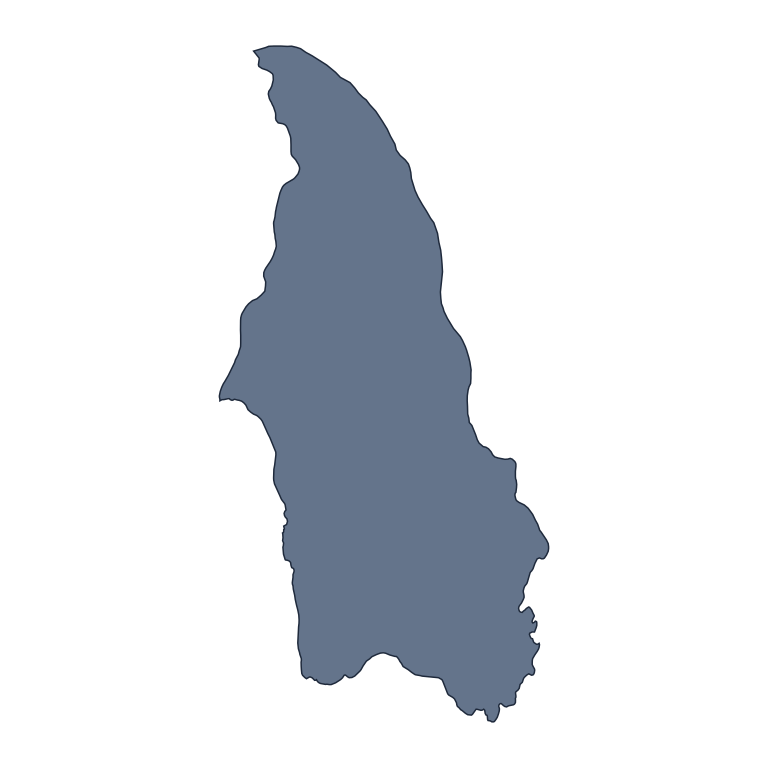 the district of Cailaco, Bobonaro, East Timor
{"feature_id": "22284137B47334481051", "entity_name": "Cailaco", "entity_type": "district", "adm_level": 2, "iso_a3": "TLS", "parent_name": "East Timor", "parent_adm1": "Bobonaro", "projection": "equal_earth", "projection_center": [125.257, -8.874], "detail": "fine", "context": "isolated", "style": "filled", "palette": "slate", "viewbox_px": 768, "rotation_deg": 0, "n_neighbors": 0, "source": "geoboundaries", "source_scale": "gbopen_adm2", "svg_char_len": 6098}
<svg xmlns="http://www.w3.org/2000/svg" viewBox="0 0 768 768"><path d="M219.9,400.8L221.9,399.7L223.9,399.6L228.1,398.7L229.4,398.7L230.3,399.7L232.0,400.3L233.2,400.0L234.2,399.3L235.1,399.4L237.2,400.0L239.1,400.3L241.7,401.2L243.8,402.8L245.9,405.1L248.0,409.7L250.8,412.2L253.5,414.1L256.6,415.4L258.1,416.5L260.8,419.1L262.3,421.2L267.9,433.7L269.9,437.6L275.8,452.1L275.9,454.8L274.7,464.9L273.9,469.3L273.6,478.0L273.7,480.0L274.5,483.9L279.9,495.8L281.0,498.4L281.6,499.6L284.5,503.4L285.1,504.6L286.0,510.0L284.8,511.4L284.1,513.4L284.5,515.5L285.4,517.2L286.9,518.8L287.5,521.3L286.6,524.5L283.7,526.1L284.4,529.0L283.7,529.6L283.7,531.1L283.4,532.5L282.5,533.0L282.8,534.3L283.0,537.8L282.6,540.7L283.6,543.0L283.3,545.8L282.9,547.1L283.5,554.2L285.2,559.7L285.9,560.1L286.7,560.1L288.4,560.6L289.3,561.1L290.1,561.9L290.6,562.6L291.0,565.4L291.7,567.6L292.8,568.1L293.7,568.9L294.1,570.5L294.0,571.6L293.0,574.7L293.0,577.4L292.3,582.5L292.4,584.1L293.0,585.8L293.3,589.1L294.7,595.4L295.3,599.6L296.5,605.0L297.8,610.0L298.8,615.0L299.1,620.0L299.0,623.4L298.6,626.8L297.8,643.0L298.4,648.8L299.5,652.4L299.9,654.4L301.3,658.5L301.4,660.2L301.1,662.2L301.2,666.2L301.4,669.6L301.8,673.5L302.6,675.3L304.8,677.5L306.5,678.7L309.5,677.0L310.4,677.0L312.3,677.9L314.6,680.3L315.8,680.2L316.5,679.7L317.1,680.9L318.0,682.0L319.2,682.9L320.6,683.5L325.6,684.4L326.9,684.2L329.3,684.6L331.1,684.6L335.6,682.8L340.6,679.6L342.5,677.8L344.2,675.2L345.1,675.0L345.8,675.3L347.7,676.9L349.2,677.7L351.9,677.5L354.8,676.0L360.0,671.0L361.0,669.7L363.1,665.9L366.4,661.1L369.6,658.9L371.9,656.7L376.6,654.5L380.4,653.1L383.3,652.8L385.6,653.2L389.9,655.0L394.9,656.4L396.5,656.5L397.8,657.9L399.0,659.6L399.9,661.4L401.5,663.5L403.1,666.5L408.3,669.7L411.6,672.3L414.7,674.4L415.7,674.8L420.3,675.6L422.1,676.1L438.5,677.7L441.9,679.6L442.8,681.2L447.7,693.8L448.7,695.0L452.8,697.4L454.5,698.9L456.5,702.8L456.8,704.8L457.4,706.4L458.9,707.6L460.7,709.7L462.2,710.6L465.3,713.2L467.7,714.7L471.4,715.1L472.4,714.4L476.1,709.2L477.2,709.3L480.9,710.3L482.3,710.1L483.7,709.2L484.7,710.2L485.2,713.5L486.0,715.0L486.9,715.2L487.3,716.0L487.6,719.5L488.0,720.5L490.4,720.9L491.7,721.8L493.2,721.9L494.4,721.5L496.1,719.2L497.3,717.2L498.4,714.1L499.2,711.2L499.4,709.7L499.4,708.5L498.7,706.2L498.9,705.1L499.7,704.0L500.4,703.6L501.3,703.6L503.5,705.6L504.8,706.5L506.6,706.9L508.6,705.8L513.4,704.8L514.5,704.1L515.4,702.6L515.5,700.6L515.4,698.3L515.9,697.2L515.9,695.9L515.5,692.8L515.9,691.8L518.0,690.1L519.2,688.4L520.1,684.4L522.3,682.3L523.6,678.4L524.5,677.2L526.7,675.1L528.8,673.8L531.5,675.2L533.0,674.9L533.9,673.8L534.4,672.3L534.7,670.1L534.5,669.0L532.8,665.9L532.2,664.5L532.3,660.6L532.6,658.7L534.8,654.9L537.2,651.4L538.5,649.1L539.1,647.3L539.5,644.7L539.1,643.3L538.0,644.1L536.6,644.3L534.0,642.6L533.5,641.8L532.5,638.7L531.4,638.5L530.8,637.8L529.9,636.0L529.4,634.3L529.7,633.2L532.1,632.0L534.5,632.0L536.2,627.6L536.8,625.4L536.8,622.7L536.5,621.6L535.3,621.1L534.5,622.2L532.9,623.0L532.1,622.0L532.1,621.1L533.0,618.7L534.2,616.4L534.2,615.5L533.0,613.2L531.7,610.1L529.6,607.4L528.7,607.0L527.5,607.7L526.2,608.6L525.2,609.8L523.3,611.2L522.2,612.4L520.5,612.1L519.5,611.3L519.0,610.1L518.6,608.5L518.8,607.1L519.2,606.1L521.5,603.0L523.3,599.4L524.1,597.3L524.0,595.3L523.3,592.1L523.3,590.6L524.0,587.9L524.7,586.2L526.8,583.6L527.5,581.7L530.1,572.7L530.8,571.7L531.7,570.8L533.0,568.8L534.9,563.4L537.2,558.8L539.5,557.9L541.5,558.8L543.1,558.8L544.4,558.1L546.5,555.0L548.2,551.3L548.6,548.7L548.6,546.7L548.2,543.6L546.4,539.9L541.1,532.0L539.7,530.3L539.0,528.1L537.6,524.1L535.4,520.2L532.7,514.5L531.0,512.1L528.0,508.1L524.2,504.9L519.0,502.4L516.9,500.9L515.9,499.6L515.1,496.3L514.9,495.0L515.2,493.2L515.9,492.4L516.5,487.8L516.7,484.5L516.2,480.3L515.6,478.8L515.4,476.4L515.4,471.3L515.9,466.7L515.9,464.1L515.6,463.0L514.8,461.5L513.0,459.9L512.5,459.3L510.2,458.4L507.9,459.1L504.9,459.3L498.1,458.0L494.7,456.9L492.6,454.7L491.1,451.8L488.5,448.8L485.9,447.2L483.1,446.6L479.1,443.1L477.3,439.8L475.6,434.7L471.9,425.5L469.3,422.5L468.8,418.1L467.7,414.1L467.5,406.3L467.2,400.6L467.3,395.7L468.1,390.1L469.0,386.8L470.6,383.5L470.9,378.4L470.9,373.0L471.1,369.9L469.9,362.2L468.8,357.6L466.6,350.2L465.3,346.6L462.5,340.5L460.3,336.6L453.5,328.5L447.4,318.4L444.0,311.4L443.0,307.8L441.4,303.7L440.8,298.2L440.4,292.0L442.5,271.8L442.0,263.6L441.5,257.6L440.7,250.2L438.9,242.4L437.5,233.3L433.8,222.7L430.5,218.2L426.5,211.2L422.4,204.7L418.1,197.2L415.0,190.4L411.4,178.6L410.8,172.5L409.8,168.0L408.4,164.0L405.3,160.0L400.1,155.4L396.3,150.1L394.9,144.1L390.4,136.1L387.2,129.1L382.4,121.3L375.8,111.3L369.7,104.6L366.2,99.9L362.7,97.3L358.4,93.0L354.6,87.8L350.0,82.6L340.4,77.4L335.5,72.3L326.8,65.1L312.3,55.9L305.9,52.4L300.6,48.7L296.7,47.4L291.7,46.2L287.2,46.4L281.2,46.1L273.5,46.1L268.8,46.3L265.5,47.6L253.6,51.1L259.1,58.0L259.2,59.2L258.4,64.8L258.9,66.4L262.1,68.5L266.8,70.1L269.6,71.6L272.4,73.7L273.1,75.4L273.3,80.0L271.8,86.1L270.4,89.0L268.8,91.3L268.3,94.0L269.3,98.4L270.3,100.6L271.3,102.2L272.4,104.8L273.5,106.8L275.5,112.8L275.7,115.1L275.6,118.3L276.1,120.3L278.2,122.9L282.7,123.7L284.6,124.5L286.1,125.8L287.4,128.0L290.3,136.0L290.8,138.5L291.0,144.8L291.0,151.5L291.3,154.3L292.3,156.2L295.6,159.7L298.5,164.5L299.5,167.2L299.6,169.0L299.1,171.1L298.0,174.0L295.0,177.7L293.6,179.0L286.1,183.4L283.7,185.4L282.4,187.2L281.0,190.3L279.9,193.1L276.4,207.3L276.0,209.7L275.6,211.3L275.0,216.8L274.2,220.4L273.7,221.9L273.6,223.6L274.3,232.0L274.9,234.6L275.2,238.3L275.9,241.6L276.3,246.3L275.6,249.1L274.7,251.4L273.5,255.2L272.0,258.5L270.3,261.5L266.0,267.8L264.7,270.2L263.8,272.6L263.7,276.2L265.7,281.9L265.5,286.0L264.8,291.2L261.2,295.1L256.9,298.8L252.5,300.6L248.7,303.7L246.1,306.7L242.4,312.9L241.6,314.6L240.8,317.7L240.6,320.5L240.5,330.0L240.7,335.3L240.7,343.1L240.6,346.4L240.4,347.4L239.3,350.5L238.3,354.3L235.4,359.9L234.6,362.6L228.3,375.5L224.7,381.7L223.4,383.7L221.7,387.3L220.3,391.3L219.4,395.7L219.4,397.0L219.9,399.3L219.9,400.8Z" fill="#64748b" stroke="#1e293b" stroke-width="1.5"/></svg>